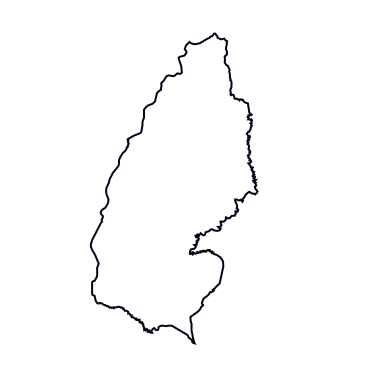 the district of Na Chaluai, Ubon Ratchathani, Thailand, rotated 214°
{"feature_id": "78962969B92270071826227", "entity_name": "Na Chaluai", "entity_type": "district", "adm_level": 2, "iso_a3": "THA", "parent_name": "Thailand", "parent_adm1": "Ubon Ratchathani", "projection": "albers", "projection_center": [105.182, 14.552], "detail": "fine", "context": "isolated", "style": "outline", "palette": "ink", "viewbox_px": 384, "rotation_deg": 214, "n_neighbors": 0, "source": "geoboundaries", "source_scale": "gbopen_adm2", "svg_char_len": 6045}
<svg xmlns="http://www.w3.org/2000/svg" viewBox="0 0 384 384"><g transform="rotate(214 192 192)"><path d="M224.3,61.3L218.0,51.9L216.9,51.1L214.6,51.4L211.1,48.0L208.3,46.8L206.4,47.8L206.5,48.4L204.2,49.4L203.2,49.0L201.2,49.2L200.7,49.7L198.3,49.8L197.9,50.4L195.6,50.1L195.3,50.8L193.9,50.9L193.5,51.6L192.4,51.8L192.5,52.4L191.8,52.4L192.0,52.9L190.4,53.9L189.0,55.6L187.6,56.3L186.2,56.3L185.7,57.1L183.7,56.5L183.5,57.1L181.4,55.9L179.9,56.9L178.0,57.0L177.3,56.1L176.6,56.1L176.6,55.7L176.0,56.1L174.6,56.0L173.8,55.2L173.0,55.2L172.8,55.7L172.1,54.8L171.9,55.2L171.3,54.9L170.8,55.3L168.4,55.1L167.9,55.6L167.4,55.0L166.8,55.8L166.0,55.1L164.8,56.2L164.1,55.7L163.8,56.5L162.5,54.8L161.7,55.5L161.3,55.0L160.6,55.0L160.3,55.7L159.9,55.1L159.2,55.5L157.9,54.7L157.8,53.8L156.6,53.4L155.8,52.2L154.9,51.9L154.0,52.2L154.7,51.2L154.4,50.7L153.3,52.0L153.3,51.4L152.9,51.3L152.5,51.9L152.8,52.4L152.2,52.2L151.7,52.5L151.0,51.9L150.8,52.8L150.3,53.1L150.3,52.4L149.3,52.7L149.0,52.6L149.2,52.0L148.5,52.4L147.7,52.1L146.4,53.0L147.9,53.6L147.9,56.9L147.1,58.1L145.0,57.4L143.2,58.4L143.2,59.5L144.2,61.5L143.2,63.4L142.2,64.4L138.4,66.4L135.7,68.9L133.5,69.9L116.0,70.9L114.7,70.5L113.6,69.5L109.7,69.3L107.3,67.5L105.1,68.0L108.0,70.1L115.0,77.0L118.5,82.3L121.1,84.4L123.4,87.6L120.2,96.2L119.7,99.3L120.1,101.9L119.4,104.2L119.8,104.7L120.7,104.6L121.8,105.5L122.8,110.2L121.3,114.4L120.7,117.3L121.0,117.7L120.8,119.3L120.3,119.9L119.7,119.9L118.8,122.5L120.0,122.6L119.1,125.4L118.9,127.8L117.9,131.6L124.5,148.0L127.5,151.8L131.7,153.7L136.2,153.7L139.1,152.8L139.5,153.2L140.5,152.8L140.7,153.2L141.2,152.7L141.5,153.2L142.4,153.2L142.3,153.6L143.2,153.2L143.9,153.6L144.2,153.4L143.8,152.9L145.1,152.9L145.2,153.6L146.2,153.1L146.1,152.3L147.0,152.0L147.0,151.1L147.4,151.2L147.7,150.8L147.6,149.9L148.0,149.7L148.5,150.0L148.8,149.5L149.7,149.7L149.8,149.0L150.9,148.3L150.6,147.9L151.4,147.8L151.4,146.7L151.8,146.8L151.7,146.3L152.1,146.0L153.4,145.5L153.0,145.0L154.0,144.7L153.8,144.2L154.3,143.0L156.1,142.7L156.1,142.3L157.5,142.7L157.9,141.8L156.8,141.4L156.6,140.7L157.9,141.1L158.0,140.6L158.8,140.9L158.8,139.6L159.1,139.5L160.6,141.7L160.7,144.0L158.5,146.1L158.1,147.5L158.4,149.2L160.4,149.4L158.7,151.0L159.6,152.1L159.4,153.1L160.5,153.3L160.8,153.9L160.6,154.8L159.7,155.3L160.2,157.1L161.3,157.5L163.5,156.8L164.6,157.8L163.7,158.5L163.9,159.8L163.4,160.1L163.0,159.8L162.9,158.1L162.2,157.9L161.7,158.5L161.8,162.6L158.6,162.4L157.6,163.1L157.4,163.8L158.2,166.3L156.0,169.0L155.6,171.1L154.9,172.2L151.7,172.7L149.0,174.1L147.6,175.8L147.8,177.7L148.9,177.3L150.8,177.7L149.6,178.6L149.0,179.8L149.0,181.0L149.3,181.4L150.2,181.6L150.7,182.8L151.7,183.0L151.9,183.6L149.4,184.9L148.8,185.8L148.5,188.5L149.6,189.4L149.7,190.1L147.9,190.2L146.5,190.9L146.1,191.6L145.7,194.4L143.2,196.4L143.6,198.3L145.3,200.3L145.1,200.7L143.6,200.5L143.3,202.2L143.9,203.2L146.0,203.5L146.1,204.7L147.3,206.2L151.8,209.2L152.0,210.0L151.2,210.6L148.2,211.3L147.4,212.7L144.7,212.1L144.9,213.5L145.9,213.8L146.2,214.3L145.7,216.0L146.0,219.9L145.0,223.5L144.5,224.2L141.8,224.2L139.5,225.3L138.3,225.3L137.8,227.6L138.2,229.3L140.9,230.0L142.6,231.1L142.9,231.9L142.3,233.3L144.1,234.4L144.1,235.1L145.1,234.7L145.9,235.4L146.6,234.9L147.4,235.4L145.8,236.5L145.8,237.6L146.2,237.2L148.4,237.6L147.8,238.7L148.4,239.9L149.9,239.5L149.9,238.9L150.6,239.1L150.6,239.8L150.2,240.1L150.7,240.6L150.2,241.3L151.9,241.8L151.9,242.5L151.4,242.4L151.7,243.4L153.5,242.9L154.1,243.9L155.0,243.7L155.5,244.2L155.8,244.8L155.3,245.4L155.3,246.3L157.4,245.6L158.3,246.4L161.2,247.3L160.1,248.5L159.8,250.1L161.4,251.1L162.1,250.5L162.5,251.7L164.6,252.0L165.1,253.2L166.1,253.6L165.2,255.1L166.0,256.3L165.7,256.9L166.0,257.7L166.3,258.0L167.0,257.6L167.5,258.8L169.4,259.3L169.6,260.7L170.6,262.3L172.8,262.8L173.1,263.6L172.7,264.4L174.3,265.0L173.8,267.2L174.3,267.4L174.1,266.4L174.7,266.1L174.8,267.6L175.3,267.6L175.9,268.6L175.5,269.1L174.5,268.9L174.8,270.1L175.4,270.7L177.1,270.0L179.1,271.0L179.1,273.2L178.4,273.7L178.6,274.6L178.3,275.2L179.1,278.3L179.5,278.5L179.5,280.4L180.1,280.4L180.7,281.3L181.8,281.5L181.1,282.7L182.2,283.6L182.2,284.8L183.3,285.5L184.2,284.2L185.6,284.3L186.0,283.9L186.1,284.9L187.4,285.1L187.0,285.9L187.4,286.3L187.9,286.1L188.1,287.2L185.8,288.9L185.7,289.4L188.8,289.8L195.3,296.8L197.7,295.9L200.2,296.2L201.5,296.9L201.7,296.3L203.2,296.2L204.0,295.6L203.9,294.6L204.8,294.9L206.0,294.3L206.7,294.5L208.9,293.2L211.2,295.4L212.2,295.6L213.0,295.2L213.7,294.1L214.7,294.4L214.7,295.3L217.2,297.7L217.9,300.8L220.0,304.3L221.3,305.7L223.1,306.2L223.2,307.4L224.7,308.1L225.8,310.1L228.6,312.8L229.0,314.2L232.9,316.7L234.5,316.4L237.3,317.6L238.1,319.3L240.7,322.7L239.9,325.3L241.7,328.2L243.6,329.2L244.5,330.6L245.6,333.8L246.7,335.1L247.1,336.6L248.9,336.5L251.1,337.2L253.1,334.9L256.7,334.2L257.2,334.2L258.3,335.5L259.4,335.5L261.2,336.4L262.3,335.6L262.3,332.7L263.6,331.2L263.7,329.4L264.8,328.0L268.7,319.7L271.8,316.4L273.2,315.6L276.4,314.7L278.0,315.0L278.9,310.1L277.9,306.4L275.2,305.4L274.4,304.0L274.6,300.8L277.5,297.5L278.1,296.5L278.0,295.5L271.3,290.3L267.1,285.3L267.9,283.2L270.5,282.1L271.2,279.4L272.1,277.7L276.5,275.6L277.5,274.5L277.9,273.3L277.7,268.2L278.4,265.1L276.3,262.4L275.7,260.4L274.8,259.6L276.1,256.3L276.3,254.4L273.3,246.3L274.0,243.2L276.9,239.0L277.6,236.5L277.8,233.3L273.4,226.9L272.4,222.8L270.0,218.9L267.6,213.3L267.7,212.0L271.7,206.2L274.8,200.0L274.6,199.4L273.8,199.3L273.8,198.5L272.8,197.9L272.7,197.2L271.5,196.7L271.1,194.4L270.5,193.7L271.1,192.4L270.4,191.4L270.3,189.0L271.2,185.5L270.9,180.1L270.3,177.5L268.3,174.5L267.5,172.3L268.3,163.6L267.4,156.6L266.0,152.7L265.2,147.4L263.2,143.9L261.1,141.9L257.2,139.3L255.5,136.1L255.0,130.6L256.5,127.2L256.6,125.1L256.3,124.1L255.4,123.0L252.4,122.2L251.6,120.8L251.4,118.3L249.9,117.1L250.2,115.6L248.0,96.8L246.8,92.4L245.0,89.9L241.9,87.9L237.6,85.9L229.3,80.5L228.2,76.0L224.2,70.2L223.4,68.2L223.1,63.7L224.2,62.6L224.3,61.3Z" fill="none" stroke="#020617" stroke-width="2"/></g></svg>